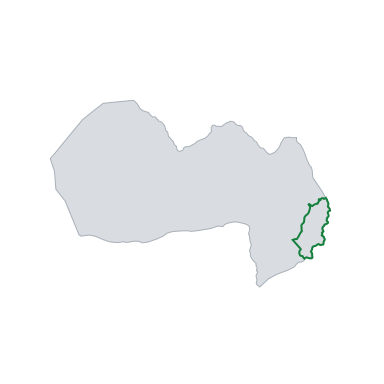 Itapúa highlighted on a map of Paraguay, rotated 324°
{"feature_id": "PRY-620", "entity_name": "Itapúa", "entity_type": "Department", "adm_level": 1, "iso_a3": "PRY", "parent_name": "Paraguay", "parent_adm1": "", "projection": "orthographic", "projection_center": [-55.537, -26.832], "detail": "fine", "context": "in_parent", "style": "outline", "palette": "green", "viewbox_px": 384, "rotation_deg": 324, "n_neighbors": 0, "source": "natural_earth", "source_scale": "10m", "svg_char_len": 6187}
<svg xmlns="http://www.w3.org/2000/svg" viewBox="0 0 384 384"><g transform="rotate(324 192 192)"><path d="M199.0,93.6L199.6,95.7L200.0,97.4L201.0,98.6L201.9,100.2L202.9,101.0L203.6,102.5L203.4,104.2L203.8,106.4L204.3,108.2L204.8,108.7L206.1,109.2L206.8,110.9L206.3,111.8L206.5,112.7L207.0,113.7L206.6,114.6L206.9,115.4L207.8,116.0L208.6,118.4L208.8,122.4L207.9,124.6L207.2,126.4L207.0,127.5L207.6,129.1L206.7,131.0L205.6,133.3L205.9,134.9L206.1,136.4L206.2,137.9L206.5,139.4L206.2,141.0L205.8,142.4L205.7,144.0L206.2,145.8L205.4,147.5L204.9,148.7L204.8,149.9L205.6,151.7L207.8,152.5L209.4,152.7L211.0,151.6L212.2,151.3L214.4,152.2L216.4,153.7L219.0,153.9L221.3,154.2L223.1,154.6L225.7,154.0L228.4,154.6L231.5,155.4L234.1,156.2L236.7,156.0L238.6,155.8L240.6,154.9L242.6,155.0L244.0,153.4L244.8,152.0L245.6,151.0L247.7,150.2L249.2,150.7L250.4,153.3L252.5,154.7L253.3,155.8L254.9,156.3L258.3,156.4L260.4,156.3L262.8,157.1L264.4,157.1L265.8,158.5L267.1,160.1L267.3,163.2L268.5,165.6L270.0,166.5L270.9,168.0L270.6,170.1L269.9,172.2L270.0,174.4L270.8,176.5L270.8,178.6L271.3,180.7L272.4,182.5L272.8,185.4L272.6,187.5L273.4,188.7L273.6,190.4L273.2,191.7L273.0,193.6L273.1,195.3L273.6,196.7L275.3,198.5L275.7,201.7L275.7,203.9L276.4,206.5L277.8,207.7L280.0,208.1L282.5,208.5L285.6,207.9L288.4,207.2L289.9,206.5L292.9,204.6L295.6,203.6L297.0,202.9L298.2,202.4L300.9,203.6L303.3,205.1L305.2,207.2L308.7,209.5L308.0,210.1L306.6,212.0L306.6,214.2L307.6,217.3L306.7,224.0L303.8,234.2L302.7,240.1L303.1,241.8L302.1,244.8L298.3,251.2L298.1,255.5L297.6,268.4L296.3,277.5L294.2,284.3L292.3,287.8L290.6,288.3L289.3,289.3L288.6,291.1L287.2,292.5L285.2,293.6L284.1,294.9L283.9,296.2L281.9,297.1L278.2,297.5L276.1,298.6L275.4,300.3L274.2,301.7L272.4,302.8L271.5,304.5L271.6,307.0L270.5,309.0L268.4,310.8L266.4,310.8L264.5,309.2L262.0,308.1L258.9,307.6L256.3,308.0L254.3,309.4L252.4,311.6L250.9,314.5L249.1,315.0L247.1,313.1L244.6,312.5L241.6,313.3L239.2,313.0L237.4,311.7L234.7,311.6L231.0,312.7L223.5,311.6L212.2,308.4L202.7,307.2L191.0,308.7L190.0,305.2L190.5,303.3L192.4,301.8L193.6,300.1L194.0,298.2L195.3,296.8L197.4,295.8L198.3,294.8L197.9,293.8L198.4,292.9L199.6,292.2L200.3,290.9L200.4,289.3L200.9,288.5L201.7,287.9L201.7,286.7L201.2,283.3L201.2,280.4L201.7,278.2L202.4,276.8L202.9,276.4L203.4,275.6L203.6,274.3L204.3,273.0L208.0,270.4L209.4,268.9L209.5,267.7L210.0,265.9L212.2,262.2L212.9,260.4L212.9,259.6L213.7,258.6L216.4,256.5L217.8,254.6L218.0,252.7L217.3,250.7L215.8,248.4L210.8,242.7L207.0,240.1L202.2,238.1L199.0,237.4L197.5,238.2L195.9,237.7L194.3,235.7L191.6,234.3L186.0,232.7L173.2,226.3L168.0,223.2L166.2,221.2L161.4,217.8L153.5,212.8L147.4,210.5L143.2,210.8L136.5,209.5L127.2,206.7L121.8,203.9L120.3,200.9L116.8,198.1L111.3,195.4L108.4,193.5L108.1,192.6L106.5,191.4L103.5,190.1L100.1,187.6L96.3,184.1L92.3,178.6L87.9,171.1L83.2,166.1L78.4,163.7L76.0,162.1L76.0,161.2L75.3,160.4L75.8,158.9L77.2,152.9L79.3,144.3L81.5,135.3L84.1,124.8L83.8,117.5L83.5,109.8L87.5,103.2L90.5,98.5L93.0,94.1L95.4,86.6L97.0,81.6L103.9,80.1L115.5,77.0L121.3,75.5L133.6,72.3L146.1,69.1L159.4,68.5L172.1,68.0L182.2,73.8L189.8,78.3L198.2,83.2L198.8,84.3L199.5,88.6L199.0,93.6Z" fill="#d9dde1" stroke="#a8b0b8" stroke-width="1"/><path d="M296.7,275.4L296.6,275.6L296.7,276.2L296.7,277.5L296.3,278.5L296.2,278.6L296.2,278.8L295.9,280.6L295.8,281.1L295.5,281.5L294.7,282.5L293.9,283.1L293.5,283.6L293.3,284.1L293.3,284.6L293.4,285.0L293.5,285.5L293.5,286.2L293.4,287.0L293.1,287.6L292.8,288.1L292.5,288.3L292.3,288.2L292.2,288.0L292.0,287.9L290.8,287.9L290.2,288.1L289.7,288.5L289.4,289.1L289.1,290.5L288.9,291.0L288.6,291.4L288.2,291.9L287.8,292.1L286.5,292.2L285.9,292.4L284.2,294.2L284.0,294.7L284.3,295.9L284.3,296.5L283.8,296.9L283.2,297.0L282.1,296.9L281.7,296.8L281.2,296.5L280.6,296.3L280.0,296.3L278.7,297.0L277.4,297.2L276.9,297.3L276.4,297.7L276.0,298.2L275.6,298.7L275.5,299.4L275.4,300.7L275.1,301.2L274.5,301.3L273.7,301.2L273.2,301.3L272.9,301.7L272.8,302.4L272.6,302.9L272.2,303.1L271.5,303.3L271.5,303.8L272.1,305.0L272.2,305.4L272.3,305.7L272.2,306.0L271.9,306.6L271.9,306.8L271.9,307.1L271.9,307.5L271.7,308.2L271.2,308.7L270.7,309.0L270.0,309.1L269.2,309.7L268.3,310.8L267.3,311.6L265.7,310.8L265.0,310.6L264.6,310.4L264.4,310.1L264.0,308.9L263.6,308.4L263.1,308.2L262.4,308.2L261.8,308.3L261.6,308.3L261.1,308.3L260.5,308.2L258.7,307.5L258.1,307.4L257.4,307.3L256.7,307.7L256.2,308.1L255.2,309.2L254.6,309.5L253.9,309.7L253.2,310.1L253.1,310.7L253.2,311.5L253.1,312.2L252.8,312.8L252.3,313.4L251.8,314.2L251.4,315.1L250.9,315.8L250.1,316.0L249.2,315.7L248.4,315.0L247.7,314.2L247.2,313.4L246.1,312.1L244.4,311.8L243.7,312.0L243.5,309.9L243.7,309.5L243.7,309.4L243.8,309.2L243.7,308.8L243.6,308.6L242.6,307.7L242.3,307.3L242.2,306.8L242.3,306.1L242.7,304.9L242.9,304.4L243.2,304.1L243.4,304.0L243.6,303.7L244.3,302.9L244.6,302.8L244.8,302.7L246.1,302.5L246.4,302.0L246.4,301.0L245.3,290.0L247.3,290.5L247.5,290.6L248.3,291.2L248.7,291.5L249.1,291.6L249.6,291.6L252.7,290.3L255.0,289.1L256.6,288.5L257.5,288.4L257.9,288.2L258.1,288.0L258.3,287.1L258.5,286.8L258.7,286.5L259.1,286.2L259.4,285.8L259.7,285.4L259.9,284.7L260.1,284.4L260.7,283.5L261.1,283.2L262.4,282.7L264.3,282.4L264.8,282.2L265.2,281.9L266.4,280.5L266.9,280.1L267.1,279.9L267.4,279.3L267.6,278.9L269.2,278.2L270.4,277.9L270.9,277.8L271.4,277.8L271.8,277.9L272.2,277.9L272.7,277.8L274.6,277.1L275.0,276.8L277.3,275.0L278.4,273.9L278.7,273.7L278.8,273.4L278.9,273.1L278.9,271.7L278.9,271.4L279.0,271.2L279.0,270.9L279.0,270.6L279.3,270.5L279.8,270.7L280.7,273.6L281.2,274.1L283.2,274.0L283.8,274.1L284.0,274.1L284.3,274.2L284.9,274.5L285.8,274.7L286.1,274.9L286.5,275.2L286.7,275.3L286.9,275.3L287.0,275.2L287.2,274.9L287.3,274.8L287.5,274.6L288.4,274.5L288.7,274.4L288.9,274.3L289.1,274.2L289.3,274.0L289.4,273.9L289.8,273.1L290.0,272.9L290.1,272.7L290.3,272.6L290.6,272.5L290.7,272.8L290.6,273.4L290.6,273.6L290.9,273.9L291.1,274.0L291.3,274.0L291.4,273.9L291.6,273.8L292.0,273.5L292.2,273.4L292.4,273.3L292.8,273.3L293.3,273.4L293.7,273.6L294.3,273.9L294.4,274.0L294.5,274.1L294.6,274.3L294.6,274.6L294.6,274.8L294.6,275.0L294.8,275.2L295.1,275.3L296.6,275.4L296.7,275.4Z" fill="none" stroke="#15803d" stroke-width="2"/></g></svg>